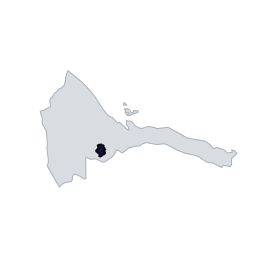 Areza, Debub, Eritrea (highlighted), rotated 336°
{"feature_id": "51966322B88449484299376", "entity_name": "Areza", "entity_type": "district", "adm_level": 2, "iso_a3": "ERI", "parent_name": "Eritrea", "parent_adm1": "Debub", "projection": "orthographic", "projection_center": [38.502, 14.876], "detail": "fine", "context": "in_parent", "style": "filled", "palette": "ink", "viewbox_px": 256, "rotation_deg": 336, "n_neighbors": 0, "source": "geoboundaries", "source_scale": "gbopen_adm2", "svg_char_len": 4487}
<svg xmlns="http://www.w3.org/2000/svg" viewBox="0 0 256 256"><g transform="rotate(336 128 128)"><path d="M41.2,153.9L40.4,146.0L39.9,140.7L39.3,135.1L38.8,129.9L41.4,126.7L42.6,123.6L45.7,113.6L46.9,111.6L49.3,106.3L49.6,104.8L52.0,98.0L51.8,93.6L51.4,89.0L52.6,86.4L53.8,84.2L53.7,82.4L54.3,78.2L54.6,77.1L56.0,77.1L58.8,77.6L60.9,77.2L63.3,77.2L65.2,77.1L66.3,75.8L67.8,70.9L68.8,69.9L69.5,69.7L71.7,68.7L73.5,67.3L75.0,66.3L75.5,66.1L77.1,66.0L78.6,65.4L79.3,64.7L81.3,64.1L83.2,64.4L84.5,63.8L85.4,63.4L86.4,63.4L87.3,62.9L87.6,62.0L88.2,61.4L89.7,60.1L90.4,59.2L90.7,58.3L91.0,57.5L91.7,56.3L94.3,53.2L96.6,51.3L104.5,67.2L107.8,76.5L110.6,86.3L112.8,101.0L114.8,108.4L118.1,112.1L120.3,119.1L122.3,119.3L123.6,121.3L126.1,127.8L127.8,130.2L128.7,128.1L128.6,126.9L127.9,124.9L128.5,122.3L129.8,120.7L132.8,122.8L134.5,124.4L135.0,127.6L135.7,129.4L138.9,133.2L141.6,134.3L145.1,134.5L148.0,135.3L150.3,136.7L154.7,140.5L164.8,143.7L172.9,154.0L177.8,161.1L193.5,171.7L196.3,176.8L197.8,181.9L201.1,181.6L206.8,187.0L208.5,191.2L213.2,192.7L213.9,190.2L216.2,192.2L217.2,195.3L214.2,196.7L211.0,197.8L210.5,197.8L209.5,199.3L208.0,203.3L206.3,204.5L205.4,204.7L200.2,201.0L199.4,200.8L198.4,201.6L197.6,202.3L195.2,199.5L193.4,197.1L190.9,194.1L188.6,192.8L186.0,191.1L183.5,187.2L180.9,182.9L177.1,179.4L170.1,174.4L163.6,168.0L158.6,161.3L155.5,157.8L154.1,156.9L147.6,154.8L143.0,151.7L139.5,149.2L137.3,148.5L135.2,148.4L130.8,149.0L127.1,147.4L125.6,147.4L123.1,147.0L121.1,146.4L118.9,147.1L114.2,148.2L112.3,148.0L111.2,146.4L110.6,145.2L109.0,143.9L107.6,143.9L106.9,145.1L102.0,147.9L93.8,149.5L91.9,149.4L90.5,148.3L86.3,143.4L85.2,142.6L84.2,142.5L82.3,141.9L80.5,140.9L79.0,138.9L77.4,137.8L75.7,141.7L72.7,148.6L71.1,152.3L69.0,157.0L68.4,157.2L67.3,156.8L63.3,150.9L60.7,148.6L58.8,148.8L57.4,149.9L56.5,151.9L55.5,153.1L54.5,153.6L52.3,153.3L48.9,152.4L45.3,152.5L41.7,153.9L41.2,153.9ZM137.1,114.5L138.2,115.9L138.9,115.8L139.5,115.3L140.0,114.3L144.1,116.3L143.9,117.6L141.4,117.7L138.5,117.2L135.9,117.4L132.7,116.8L132.0,114.5L134.0,115.6L135.0,115.3L135.2,115.0L133.8,113.5L131.8,113.2L131.9,112.0L132.8,111.5L133.3,110.9L132.2,109.2L134.4,109.6L135.9,110.6L136.8,111.8L137.1,114.5ZM135.3,103.9L136.2,106.5L133.6,105.6L133.2,105.0L134.3,104.0L134.5,103.3L135.3,103.9Z" fill="#d9dde1" stroke="#a8b0b8" stroke-width="1"/><path d="M98.6,134.0L98.5,133.9L98.4,133.8L98.4,133.7L98.2,133.7L97.9,133.6L97.8,133.4L97.7,133.4L97.5,133.2L97.4,133.0L97.3,132.9L97.2,132.9L97.2,132.7L96.9,132.6L96.8,132.4L96.7,132.3L96.7,132.2L96.6,132.3L96.5,132.2L96.3,132.2L96.2,132.1L96.0,131.9L95.9,131.8L95.6,131.7L95.4,131.7L95.2,131.4L94.9,131.3L94.7,131.3L94.4,131.4L94.2,131.4L93.9,131.3L93.7,131.4L93.3,131.4L93.2,131.4L93.1,131.5L92.9,131.5L92.7,131.6L92.8,131.6L93.0,131.7L93.1,131.8L93.0,132.0L92.9,132.1L92.9,132.3L93.0,132.5L93.0,132.8L93.0,133.1L93.0,133.3L92.9,133.4L92.9,133.5L93.0,133.7L93.0,133.8L93.0,134.0L92.9,134.1L92.7,134.2L92.6,134.3L92.3,134.3L92.2,134.4L91.9,134.4L91.9,134.5L91.7,134.5L91.4,134.6L91.2,134.9L91.1,135.0L90.9,135.1L90.8,135.3L90.7,135.3L90.6,135.2L90.4,135.2L90.4,135.3L90.2,135.3L90.2,135.5L89.9,135.6L89.9,135.8L89.7,135.9L89.4,135.9L89.3,136.6L89.7,137.2L90.0,137.7L90.1,138.0L90.1,138.4L90.3,138.4L90.4,138.5L90.5,138.6L90.7,138.8L90.8,138.8L91.0,139.0L91.3,139.0L91.5,139.1L91.6,139.3L91.4,139.7L91.5,139.9L91.4,140.0L91.2,140.2L91.1,140.3L91.0,140.5L90.9,140.5L90.9,140.8L90.8,141.0L90.7,141.0L90.5,141.3L90.5,141.5L90.4,141.6L90.4,141.8L90.3,142.0L90.2,142.1L90.3,142.2L90.2,142.3L90.1,142.5L90.0,142.8L90.1,142.7L90.3,142.7L90.6,142.6L90.7,142.8L90.8,142.9L91.0,142.8L91.3,142.9L91.5,142.9L91.5,143.0L91.8,143.0L91.8,142.9L92.0,142.9L92.3,142.8L92.5,142.8L92.8,142.9L93.1,142.7L93.3,142.6L93.5,142.6L93.8,142.5L94.0,142.5L94.3,142.5L94.5,142.5L94.8,142.5L95.0,142.5L95.3,142.5L95.5,142.4L95.7,142.2L95.8,142.2L96.0,142.1L96.3,142.1L96.5,142.1L96.6,141.9L96.8,141.8L96.8,141.7L97.0,141.5L97.0,141.4L97.1,141.2L97.0,140.8L97.0,140.7L96.8,140.5L96.8,140.4L96.7,140.4L96.8,140.3L96.7,140.2L96.8,140.2L96.7,140.1L96.8,139.9L96.7,139.9L96.7,139.7L96.6,139.4L96.8,139.4L97.0,139.3L97.0,139.2L97.3,139.1L97.5,139.0L97.6,138.8L97.8,138.8L98.1,138.7L98.4,138.6L98.6,138.6L98.7,138.4L98.3,137.9L98.3,137.7L98.5,137.7L98.5,137.2L98.5,136.9L98.5,136.7L98.4,136.6L98.3,136.0L98.2,136.0L98.2,135.9L98.2,135.7L98.1,135.4L98.2,135.2L98.3,135.1L98.6,134.6L98.5,134.3L98.5,134.2L98.6,134.0Z" fill="#0f172a" stroke="#020617" stroke-width="1.5"/></g></svg>